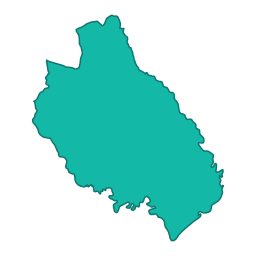 outline of Namacurra, Zambezia, Mozambique
{"feature_id": "85939544B74893021327700", "entity_name": "Namacurra", "entity_type": "district", "adm_level": 2, "iso_a3": "MOZ", "parent_name": "Mozambique", "parent_adm1": "Zambezia", "projection": "natural_earth1", "projection_center": [37.083, -17.473], "detail": "fine", "context": "isolated", "style": "filled", "palette": "teal", "viewbox_px": 256, "rotation_deg": 0, "n_neighbors": 0, "source": "geoboundaries", "source_scale": "gbopen_adm2", "svg_char_len": 5828}
<svg xmlns="http://www.w3.org/2000/svg" viewBox="0 0 256 256"><path d="M123.8,28.6L120.0,28.4L120.0,27.2L120.4,24.7L120.3,23.4L119.4,20.4L117.6,16.7L116.2,16.0L114.3,16.3L112.5,15.5L111.5,15.4L111.1,15.5L108.3,17.2L106.5,18.7L105.8,20.7L104.3,24.1L103.5,25.1L102.7,25.6L102.2,25.7L97.3,21.3L91.6,22.0L86.8,23.8L83.5,26.1L81.8,27.1L78.4,28.4L76.4,29.4L76.2,30.4L76.7,31.7L78.6,34.9L79.1,36.5L79.4,39.6L79.4,43.5L79.8,44.7L81.0,46.8L82.3,52.0L82.2,54.0L80.6,58.7L80.2,62.9L79.3,66.9L78.8,67.8L77.7,68.6L76.0,69.0L74.9,69.0L73.6,68.3L71.5,67.6L65.9,67.0L62.7,65.4L59.2,64.5L58.7,64.3L49.1,61.5L46.8,60.3L46.5,61.4L46.7,62.0L48.1,70.9L49.0,72.7L49.1,73.4L48.8,73.8L48.1,74.0L46.8,76.3L46.1,76.7L45.7,77.4L45.6,78.2L46.1,79.1L46.3,79.2L46.7,79.8L46.8,80.5L46.0,82.5L45.9,83.5L46.4,84.2L48.6,85.6L49.0,86.2L48.9,86.8L48.6,87.3L47.9,87.9L45.4,88.5L44.8,88.8L43.9,89.9L43.0,91.3L40.2,92.7L39.0,94.7L36.9,99.3L35.4,100.6L34.0,101.3L34.6,101.9L34.9,102.7L35.7,108.2L36.9,110.3L37.0,110.9L36.7,111.8L35.2,114.1L34.6,116.8L34.4,117.3L32.9,119.2L32.7,119.7L32.7,120.9L33.1,122.4L33.5,123.2L35.7,125.5L37.8,128.9L38.9,132.8L39.8,134.3L42.0,136.2L43.9,137.3L44.4,137.5L44.9,137.3L47.6,138.0L50.3,138.2L52.5,142.1L55.0,145.3L57.4,151.2L58.0,151.9L58.3,152.4L58.6,153.2L58.5,154.2L58.9,155.5L59.4,156.4L59.9,156.8L63.1,157.0L64.1,157.4L65.0,158.0L66.3,159.7L66.7,160.6L66.8,161.7L66.1,165.0L65.7,166.4L66.0,167.7L66.2,168.0L67.7,168.8L68.1,169.6L68.9,172.2L69.6,172.7L70.9,173.3L72.5,173.9L73.7,173.9L74.1,174.3L74.6,175.5L74.9,177.0L74.9,178.5L75.2,180.1L75.9,182.2L76.7,183.4L78.1,184.8L80.5,186.1L84.0,186.9L85.9,186.3L86.3,185.4L87.0,185.2L87.2,186.1L88.3,185.9L88.3,186.7L88.5,186.8L89.7,185.6L91.4,184.9L91.6,185.4L91.7,186.0L92.0,186.2L92.9,185.8L93.1,185.9L93.6,189.2L94.0,190.0L94.0,191.3L95.4,191.7L97.5,191.1L97.8,191.2L98.3,191.7L99.1,193.0L99.5,193.5L100.3,193.9L100.6,193.5L100.9,191.5L101.4,191.3L102.6,191.2L102.6,189.9L103.3,189.3L103.5,189.3L103.9,189.8L104.7,189.9L105.4,190.4L105.7,190.2L106.0,188.1L109.1,187.8L110.1,187.9L110.8,188.2L111.8,189.4L112.0,190.2L112.1,191.6L113.2,193.5L113.3,194.4L112.7,195.5L111.2,195.8L109.4,195.8L109.0,196.6L109.1,197.4L110.5,198.6L112.0,199.1L114.2,200.5L114.9,200.7L116.6,200.6L117.0,200.9L117.2,201.7L116.8,202.5L114.0,204.1L113.5,205.2L113.5,206.7L114.4,210.9L115.0,211.8L116.0,212.5L116.5,212.5L117.1,212.3L117.9,211.3L118.8,209.2L119.2,207.2L119.5,206.6L127.3,202.4L128.2,202.2L128.7,202.3L129.4,203.1L129.4,204.5L129.1,205.0L128.4,205.6L126.8,206.4L126.5,206.8L126.4,207.5L126.8,207.8L128.1,208.1L129.7,208.0L130.1,207.6L130.6,206.8L131.9,203.7L132.4,203.5L132.6,203.5L133.5,204.1L133.9,204.9L133.9,205.5L132.4,207.6L131.5,208.4L131.3,209.2L131.5,209.7L131.7,209.9L133.4,210.3L135.0,208.8L135.3,208.0L135.4,206.6L135.8,206.2L138.3,206.8L138.8,206.8L139.0,206.6L139.3,206.1L139.5,203.6L139.8,202.7L140.2,202.3L142.2,202.4L142.7,202.2L143.4,201.2L144.0,199.1L144.6,197.6L145.0,197.2L146.2,196.5L147.2,196.5L149.2,198.4L150.2,200.4L150.3,201.2L150.1,202.1L148.9,202.8L147.1,203.3L146.9,203.5L146.8,204.2L148.2,205.4L149.7,205.8L151.2,207.0L152.4,207.0L154.2,206.3L154.6,206.4L155.6,207.9L154.7,208.3L151.4,209.2L149.1,210.3L148.9,210.9L148.9,211.5L149.5,213.4L150.3,214.3L151.1,214.5L153.1,214.4L155.1,213.9L156.3,214.1L156.7,214.4L158.4,217.3L159.3,217.2L160.1,217.4L161.5,218.2L163.4,219.8L164.2,221.3L164.5,222.4L164.6,223.7L165.1,226.2L165.9,227.9L167.0,229.3L168.3,231.6L169.6,235.5L170.0,237.9L170.9,239.8L171.4,240.5L172.0,240.6L174.0,240.5L176.0,239.0L178.7,235.0L181.3,232.1L184.3,229.3L192.7,222.2L195.9,219.8L198.7,218.0L200.1,216.7L200.6,215.9L200.8,215.4L200.8,214.2L200.6,214.0L199.8,214.2L198.4,215.2L198.4,213.0L199.0,212.0L199.5,211.7L200.8,211.7L202.7,212.7L204.2,212.9L206.3,212.8L209.4,211.8L210.5,210.7L210.9,209.9L211.6,205.9L212.3,204.6L214.4,203.5L217.7,201.3L218.4,200.8L219.8,199.2L221.1,197.0L222.0,194.2L222.5,192.3L222.5,191.8L222.0,190.3L222.1,188.3L222.5,187.2L223.3,186.3L223.2,185.7L222.8,185.5L221.8,186.3L221.4,186.4L220.7,185.9L219.6,184.1L219.6,183.5L220.5,181.8L220.8,180.4L220.5,179.3L219.5,177.7L219.3,176.1L219.6,175.6L219.8,175.6L221.1,177.0L221.6,177.2L222.1,176.9L222.4,176.4L222.0,174.3L223.0,171.9L223.0,170.5L222.7,169.7L222.0,169.8L220.3,170.9L219.0,171.9L218.3,172.1L217.1,172.1L216.0,171.5L215.9,170.4L216.3,168.5L216.5,165.2L216.4,164.5L215.9,163.6L215.6,163.5L214.9,163.7L213.6,166.2L212.8,167.2L211.9,167.2L211.4,166.8L211.2,166.3L211.4,165.5L213.2,162.6L213.4,162.0L212.7,158.8L212.8,158.3L213.4,156.4L213.4,155.5L213.2,154.9L212.7,154.4L211.5,153.4L208.3,151.3L207.6,151.1L204.7,151.1L203.4,150.5L201.7,149.0L199.0,145.1L198.4,144.0L198.6,143.1L198.9,142.9L199.4,142.8L202.5,143.0L203.0,142.9L203.6,142.3L203.8,141.2L203.8,139.5L203.7,138.7L203.2,137.6L200.1,134.5L199.7,133.0L199.6,130.9L199.3,130.0L198.8,129.6L196.5,128.5L196.1,128.0L195.8,127.2L195.9,125.2L195.7,124.3L194.9,123.3L193.2,122.0L191.7,119.7L190.8,119.2L187.7,119.4L186.7,119.1L185.9,118.1L184.7,114.9L183.3,114.1L180.9,113.5L179.7,112.3L179.0,110.0L178.2,104.8L177.8,103.6L177.3,102.5L176.1,100.8L175.1,100.1L174.8,99.5L174.3,97.4L174.2,95.1L173.6,93.4L172.9,92.7L172.4,92.5L170.8,92.5L169.9,92.2L169.4,91.7L167.4,88.0L166.5,87.4L164.1,86.8L163.4,86.3L162.3,82.7L161.8,81.9L161.2,81.6L158.6,81.3L156.9,80.5L155.9,79.8L155.1,78.3L154.9,77.3L154.3,76.5L153.3,76.2L151.9,76.2L151.0,75.6L148.9,75.3L148.2,74.9L147.2,73.2L146.9,72.7L146.6,72.6L146.1,72.7L145.7,73.6L145.2,73.9L143.8,72.5L139.3,70.0L138.7,68.9L137.8,67.0L136.6,65.8L135.9,64.0L135.2,63.2L135.0,61.4L134.2,59.8L133.9,58.7L133.7,56.8L132.9,54.8L132.6,52.2L131.4,49.8L130.9,48.1L130.7,47.7L129.8,47.6L129.1,47.0L128.2,44.5L127.2,42.9L127.0,42.0L127.6,39.1L127.6,38.1L127.3,37.2L127.1,36.9L126.0,36.2L124.8,34.9L123.9,33.7L123.0,31.8L123.8,28.6Z" fill="#14b8a6" stroke="#0f766e" stroke-width="1.5"/></svg>